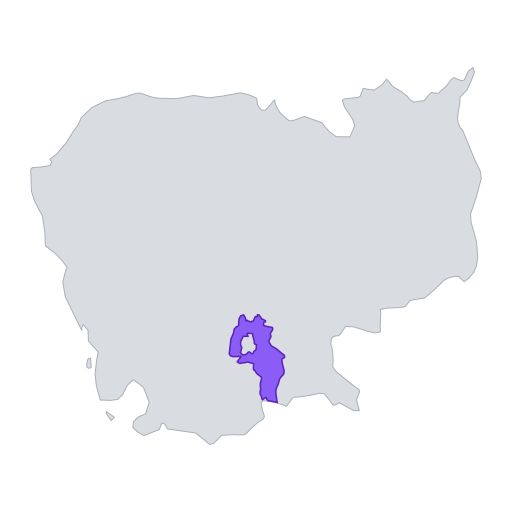 where Kândal sits in Cambodia
{"feature_id": "KHM-1786", "entity_name": "Kândal", "entity_type": "Province", "adm_level": 1, "iso_a3": "KHM", "parent_name": "Cambodia", "parent_adm1": "", "projection": "albers", "projection_center": [104.96, 11.392], "detail": "fine", "context": "in_parent", "style": "filled", "palette": "violet", "viewbox_px": 512, "rotation_deg": 0, "n_neighbors": 0, "source": "natural_earth", "source_scale": "10m", "svg_char_len": 5246}
<svg xmlns="http://www.w3.org/2000/svg" viewBox="0 0 512 512"><path d="M473.0,67.5L474.4,72.4L470.9,81.5L467.1,89.8L460.1,97.1L459.8,102.4L457.4,118.3L458.4,123.3L460.1,127.6L462.5,129.9L468.8,145.4L474.6,159.5L480.2,171.0L481.3,178.4L476.3,197.0L470.5,214.1L471.1,222.7L473.7,231.2L476.6,242.5L477.7,257.0L476.3,266.5L473.7,272.4L468.5,278.5L464.1,281.6L458.6,276.5L454.3,276.4L448.5,277.9L444.0,280.3L434.8,289.3L424.6,298.0L410.4,300.3L404.9,306.7L398.9,307.6L387.7,308.0L380.3,309.5L380.7,312.7L380.2,327.9L380.3,331.5L379.2,332.4L374.1,332.9L365.5,330.6L353.8,326.9L345.5,326.4L341.2,333.0L338.7,335.6L335.5,336.0L332.2,337.2L331.1,340.1L330.9,343.8L332.5,350.1L333.1,360.2L332.7,367.0L335.8,371.3L353.7,385.8L359.0,389.5L359.6,391.6L356.5,399.6L359.3,410.7L353.7,410.5L344.4,405.7L339.9,402.8L334.5,405.2L332.6,404.8L328.9,399.3L324.1,393.7L319.2,393.4L308.8,395.6L298.1,397.1L294.1,397.1L292.4,398.1L286.3,406.5L283.6,405.0L272.9,401.9L263.1,400.7L261.1,402.8L262.3,409.6L264.4,416.2L263.2,419.1L257.8,422.5L250.7,428.8L246.3,433.7L243.3,434.9L232.5,434.7L221.6,435.3L217.3,439.9L213.3,443.5L209.8,444.5L195.7,433.0L167.6,429.0L164.6,423.9L161.9,423.0L159.3,429.5L143.9,435.7L137.5,431.9L132.8,427.3L133.5,421.6L138.0,417.1L145.6,413.8L149.2,402.3L143.5,387.5L138.4,383.2L133.0,379.8L127.4,385.2L122.6,394.6L117.6,399.4L110.5,400.4L100.3,400.0L96.4,385.9L95.1,373.9L96.6,360.2L98.2,352.1L88.4,340.8L88.0,330.1L83.2,324.6L81.8,327.3L81.9,330.4L80.6,328.2L65.3,296.7L62.8,282.2L65.5,271.0L67.1,267.3L62.7,261.3L56.5,254.6L45.4,245.7L44.8,231.9L42.4,215.5L39.1,210.0L34.1,199.8L31.5,191.5L30.7,169.4L32.2,167.7L40.0,167.1L50.1,165.6L51.7,162.0L50.0,159.1L56.5,154.2L65.8,143.3L73.0,131.9L78.2,124.7L81.3,117.6L91.8,107.5L106.1,100.6L115.8,99.1L125.9,96.7L135.6,93.4L140.2,93.1L152.2,97.2L158.7,98.3L165.5,98.3L172.6,98.7L178.8,98.3L193.5,95.5L209.1,97.8L223.1,96.0L240.4,92.8L248.8,94.8L256.6,98.2L257.6,104.9L259.4,107.9L262.0,110.3L265.4,110.3L269.8,105.6L273.5,100.8L274.7,99.9L274.9,102.3L276.7,107.5L280.0,112.6L283.4,116.0L288.9,120.6L292.5,120.8L304.3,116.5L322.1,122.7L324.1,125.8L329.9,132.1L336.1,136.7L349.9,136.9L354.8,125.7L352.4,118.9L344.5,107.0L342.3,100.0L344.8,98.8L358.2,97.4L360.3,96.0L363.2,88.3L366.8,89.1L374.2,90.1L382.0,84.8L386.6,79.3L389.2,81.8L391.9,85.6L395.0,87.9L400.6,91.2L406.8,95.8L410.7,100.4L413.8,102.1L421.7,100.8L423.9,101.0L428.4,95.4L431.6,92.3L434.4,93.2L438.4,93.1L446.6,85.9L451.2,79.4L453.8,77.6L461.2,80.7L464.2,80.1L468.4,71.1L473.0,67.5ZM91.2,367.4L89.7,368.2L88.3,368.2L86.8,366.9L87.0,361.9L88.1,358.8L90.6,358.2L91.2,367.4ZM114.4,417.2L111.2,420.6L106.2,413.5L106.3,411.6L114.4,417.2Z" fill="#d9dde1" stroke="#a8b0b8" stroke-width="1"/><path d="M277.2,402.4L268.8,400.8L267.6,400.4L266.6,399.1L266.4,397.9L265.9,397.6L264.0,398.6L262.9,399.4L262.5,399.7L262.1,399.1L262.0,398.8L261.9,398.5L261.1,395.7L260.8,395.1L260.6,394.7L260.4,394.5L260.2,394.3L260.1,393.9L260.0,392.1L260.6,389.3L260.3,385.1L260.4,383.0L261.5,378.8L261.5,378.0L260.9,376.7L259.2,375.5L257.5,374.2L256.5,373.2L254.8,370.5L254.3,370.2L253.8,369.9L253.7,369.7L253.5,369.4L253.4,368.1L253.6,364.1L253.3,363.6L253.1,363.5L252.6,363.3L249.5,362.6L249.0,362.4L248.8,362.2L248.5,362.0L248.1,362.0L247.5,362.0L244.9,362.7L242.3,362.9L241.2,363.1L240.4,363.4L240.3,363.5L239.4,363.3L237.2,361.8L240.9,356.9L240.6,356.5L239.7,356.5L232.8,356.6L230.5,355.8L229.2,353.9L230.5,342.9L230.8,339.3L233.5,333.1L234.1,329.5L234.3,329.1L234.7,328.5L235.5,327.6L236.3,326.9L237.2,326.5L237.7,326.2L238.1,325.9L238.5,325.5L238.7,324.4L238.7,320.9L239.2,318.5L240.5,316.1L240.9,315.7L242.2,315.4L243.6,314.8L245.4,317.8L245.6,319.3L245.6,320.0L245.7,320.5L246.0,320.7L246.4,320.7L246.6,320.5L246.8,320.3L247.0,320.2L247.2,320.3L247.7,320.8L248.0,321.1L249.6,321.4L250.1,322.0L250.5,322.0L250.9,321.8L251.6,321.4L252.1,321.3L252.5,321.3L252.8,321.4L253.2,321.2L253.5,320.7L254.8,317.4L255.1,316.9L255.5,316.6L256.1,316.5L256.3,316.6L256.8,316.9L257.1,316.5L257.5,314.7L259.1,315.0L261.7,318.8L265.0,320.4L265.2,320.6L265.5,320.9L265.6,321.5L265.5,321.8L265.1,322.0L264.4,322.1L264.1,322.1L263.8,322.3L263.7,322.6L263.6,323.0L263.6,323.3L263.6,324.8L263.7,325.3L265.4,326.1L272.4,327.5L272.6,328.3L272.7,328.6L272.7,329.3L272.5,329.9L272.2,330.5L270.8,332.7L270.7,332.8L270.4,333.2L270.4,333.6L270.4,334.4L270.6,335.2L270.9,335.8L271.0,336.1L270.6,337.5L268.8,340.8L269.0,341.6L269.2,342.2L270.9,345.2L271.4,345.8L272.0,346.3L276.3,348.7L282.5,353.9L283.7,354.6L284.5,355.5L284.5,357.5L282.5,358.6L281.8,359.3L282.2,363.0L284.0,370.1L284.1,372.5L283.4,374.5L280.6,377.5L279.5,379.3L278.3,383.8L276.3,388.5L275.8,391.0L275.9,393.4L277.2,402.4ZM252.6,353.8L252.8,353.7L253.1,353.5L253.8,351.5L254.9,350.6L256.0,349.5L256.2,348.5L256.4,344.7L254.7,344.0L254.6,343.8L254.4,343.5L254.1,340.9L253.5,338.3L252.7,335.7L252.7,333.9L252.4,333.6L252.0,333.5L248.1,333.3L247.2,333.5L247.1,333.8L247.2,334.2L247.6,335.0L248.0,336.3L243.3,336.3L241.1,340.5L240.6,342.3L240.6,344.6L240.7,345.3L240.9,345.8L241.5,346.7L241.8,347.3L241.7,348.1L240.4,352.7L242.7,354.8L243.3,354.9L244.3,354.8L246.0,354.3L246.5,354.1L246.9,353.8L247.8,352.5L248.6,352.0L249.2,351.9L249.7,352.1L251.4,353.5L252.6,353.8Z" fill="#8b5cf6" stroke="#5b21b6" stroke-width="1.5"/></svg>